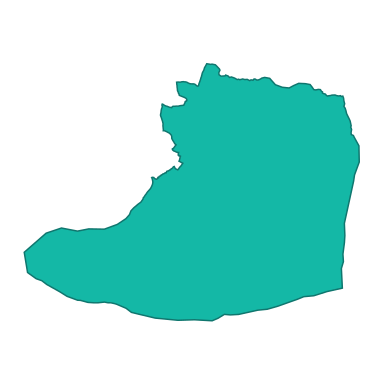 the district of Ogbomosho North, Oyo, Nigeria, rotated 91°
{"feature_id": "59680162B8886032648131", "entity_name": "Ogbomosho North", "entity_type": "district", "adm_level": 2, "iso_a3": "NGA", "parent_name": "Nigeria", "parent_adm1": "Oyo", "projection": "robinson", "projection_center": [4.232, 8.135], "detail": "fine", "context": "isolated", "style": "filled", "palette": "teal", "viewbox_px": 384, "rotation_deg": 91, "n_neighbors": 0, "source": "geoboundaries", "source_scale": "gbopen_adm2", "svg_char_len": 5506}
<svg xmlns="http://www.w3.org/2000/svg" viewBox="0 0 384 384"><g transform="rotate(91 192 192)"><path d="M232.8,38.4L220.7,39.1L178.3,30.6L172.1,29.8L159.1,25.3L142.9,25.9L134.2,30.9L132.7,31.6L131.8,33.7L130.1,34.0L127.7,33.7L127.0,33.5L125.5,33.9L124.4,34.5L123.1,34.0L120.9,34.5L118.3,35.1L115.8,36.3L113.5,37.5L110.9,38.8L108.1,39.5L105.6,40.3L103.8,41.6L101.1,40.9L98.3,41.7L95.4,42.1L93.5,42.9L93.9,44.3L93.1,45.2L93.4,46.7L93.4,47.4L93.1,49.0L92.5,50.7L92.7,53.9L93.2,55.4L93.3,56.6L93.7,58.2L93.1,59.3L91.8,60.3L91.4,61.9L90.8,63.3L89.6,63.3L89.1,64.3L87.4,65.4L87.2,67.5L87.8,70.1L87.5,72.0L84.8,73.9L82.5,75.8L81.7,80.6L81.5,87.2L83.8,92.2L86.3,96.7L85.7,103.6L83.3,110.5L77.0,116.3L76.2,121.0L76.2,121.6L77.0,124.4L77.8,125.4L78.8,127.6L78.9,128.8L78.8,129.6L78.1,130.4L77.9,131.9L79.2,133.0L78.9,134.0L78.9,135.1L79.6,136.1L79.5,136.6L78.4,138.8L78.6,140.4L78.6,141.5L78.1,143.3L78.5,144.6L78.9,146.3L78.4,147.3L78.8,148.8L77.6,150.9L77.1,152.1L76.3,154.6L76.8,156.5L75.4,157.9L74.5,160.4L75.3,160.9L75.7,165.0L74.3,167.0L72.3,167.3L69.7,166.2L68.6,166.7L66.2,169.0L65.1,170.1L64.4,170.9L63.8,174.2L64.1,175.6L63.9,176.6L63.5,179.5L65.5,180.5L66.4,181.0L67.2,181.5L67.9,181.8L69.0,182.0L70.1,182.4L70.9,182.8L71.8,183.3L72.7,183.7L73.3,183.9L74.1,184.0L75.1,184.3L76.0,184.5L76.7,184.6L77.2,184.9L77.9,185.1L79.1,185.4L80.4,185.8L81.4,186.1L82.2,186.4L83.0,186.7L83.9,187.0L85.0,187.2L85.6,187.4L86.1,188.0L85.8,189.0L84.9,190.1L84.2,191.0L83.9,192.1L83.9,194.1L83.9,194.8L83.7,196.1L83.2,197.4L82.8,198.2L82.5,198.7L82.3,199.2L82.2,199.6L82.0,200.5L82.0,201.6L81.8,202.3L81.9,202.7L81.9,203.3L81.9,203.7L82.1,204.6L82.4,205.6L82.4,206.7L82.3,207.8L82.5,209.3L84.2,209.1L85.3,209.0L86.0,208.7L87.0,208.8L88.7,208.5L89.8,208.4L90.7,208.3L91.2,208.2L92.1,207.6L93.2,207.4L94.5,206.6L95.4,206.5L95.8,205.9L96.2,204.8L96.7,203.5L97.0,202.7L97.5,201.4L98.2,200.0L98.6,199.5L98.9,199.2L99.4,199.0L99.7,198.8L100.2,198.8L100.8,198.9L101.1,199.1L101.3,199.6L101.3,199.9L101.4,200.0L101.5,200.2L101.7,200.4L101.9,200.4L102.0,200.3L102.4,200.4L102.8,200.6L105.4,201.8L105.9,205.4L106.4,207.3L106.4,209.2L106.6,210.6L106.6,212.1L106.8,212.9L107.4,213.4L107.6,213.6L108.0,213.8L107.8,214.5L107.8,215.3L107.7,216.0L107.4,216.6L107.1,217.5L106.7,218.4L106.6,219.2L106.3,220.0L105.8,221.2L105.1,222.0L104.6,223.3L104.8,223.4L105.2,223.5L106.3,223.5L106.9,223.2L107.2,223.2L108.4,223.5L109.3,223.9L110.8,224.2L111.8,224.3L113.1,224.4L114.0,224.6L115.0,224.8L116.0,224.8L116.4,224.7L117.1,224.4L117.8,224.1L118.4,223.9L119.5,223.5L120.5,223.2L121.3,222.9L122.3,222.6L122.8,222.5L123.8,222.2L124.6,222.1L125.4,222.2L126.6,222.2L127.1,222.1L128.1,222.0L129.0,221.9L129.6,221.8L130.8,221.7L131.2,221.8L131.2,220.8L131.5,219.9L131.9,219.0L132.0,218.8L132.3,218.1L132.4,217.9L132.9,217.0L133.4,215.9L134.0,215.1L134.7,214.5L134.9,214.2L135.3,213.9L135.9,213.6L136.6,213.3L137.2,213.2L137.4,213.2L138.0,213.2L139.0,213.1L139.5,212.8L140.6,212.2L140.9,212.0L141.5,211.6L142.5,210.9L143.5,210.4L144.3,209.8L144.8,209.2L145.1,208.8L145.5,209.0L146.2,209.6L146.8,210.1L147.4,210.4L148.0,210.8L148.3,211.2L148.7,211.4L149.0,211.9L149.1,212.2L149.2,212.4L149.5,212.4L149.9,212.3L150.2,212.2L150.5,211.9L151.0,211.3L151.3,210.9L151.6,209.9L152.3,208.4L152.5,207.8L152.7,207.0L152.8,206.6L152.8,206.1L153.4,206.3L154.2,206.4L155.0,206.4L155.4,206.4L155.5,206.0L155.7,205.8L155.7,205.6L155.8,205.6L156.1,205.6L156.1,205.2L156.1,204.9L156.2,204.6L156.4,204.2L156.7,204.4L156.9,204.5L157.2,204.6L157.6,204.5L158.0,204.5L158.5,204.7L159.0,204.8L159.5,204.9L160.0,205.0L160.4,205.1L160.8,205.3L161.2,205.4L161.5,205.5L161.8,204.8L162.0,204.2L162.4,203.7L163.1,202.3L163.4,201.7L165.9,203.3L167.5,204.8L169.2,205.9L170.1,206.6L169.5,207.9L169.0,209.0L168.4,209.4L166.8,210.2L167.1,211.0L168.4,211.9L168.6,212.1L168.8,212.3L168.9,212.6L169.0,212.9L169.2,213.2L169.4,213.3L169.5,213.5L169.8,213.7L170.0,213.8L170.2,214.1L170.3,214.4L170.3,214.6L170.5,214.8L170.6,215.0L171.4,216.1L171.5,217.1L171.9,217.7L173.2,218.1L173.3,219.2L173.5,219.3L173.6,219.5L173.9,219.9L174.1,220.2L174.2,220.5L174.3,220.7L174.4,221.0L174.5,221.5L174.8,221.7L175.0,221.9L175.1,222.1L175.2,222.3L175.4,222.6L175.5,222.8L175.6,223.1L175.7,223.3L175.9,223.4L176.1,223.5L176.2,223.4L176.3,223.5L176.6,224.0L176.7,224.5L176.8,224.8L177.0,225.1L177.3,225.3L177.5,225.4L177.9,225.5L178.1,225.5L178.4,225.7L178.3,225.9L178.2,226.1L178.1,226.3L178.3,226.4L178.4,226.5L178.7,226.6L179.0,226.8L179.3,227.0L179.5,227.2L179.7,227.4L179.9,227.7L179.9,228.0L179.8,228.3L179.5,228.7L179.5,229.2L179.1,229.8L178.2,230.4L178.0,231.5L178.1,232.3L178.4,232.6L178.9,232.2L180.4,231.8L182.7,231.3L184.9,231.6L187.2,232.5L189.2,233.5L190.9,234.9L192.6,236.4L194.2,237.5L195.0,237.9L195.3,238.2L195.9,238.7L197.6,239.7L198.8,240.7L199.8,240.8L200.9,241.5L203.1,243.0L205.2,245.8L208.8,249.9L211.9,252.7L215.7,254.1L219.8,257.6L225.7,266.1L230.7,279.0L230.7,294.6L233.1,305.8L230.3,321.9L235.7,337.1L255.2,358.7L275.4,355.0L281.4,346.3L283.3,340.6L287.0,335.6L294.1,322.4L298.5,315.1L302.2,304.5L302.3,301.7L303.1,298.4L304.2,294.2L304.5,288.0L304.4,284.0L303.6,277.6L304.2,274.3L304.2,271.1L305.0,267.2L305.6,265.2L309.4,255.9L313.4,250.5L315.0,243.5L318.7,226.6L320.5,203.8L319.7,187.3L320.4,169.6L317.8,163.8L313.8,157.5L314.2,151.6L313.6,143.3L309.0,124.1L307.9,114.7L304.7,104.2L300.9,94.1L297.4,84.7L294.7,78.4L293.6,68.4L292.7,65.7L289.2,55.3L285.5,40.0L265.9,41.3L259.0,39.4L251.5,40.0L239.8,38.7L232.8,38.4Z" fill="#14b8a6" stroke="#0f766e" stroke-width="1.5"/></g></svg>